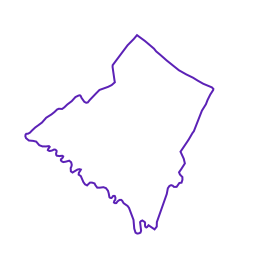 outline of Empalme Olmos, Canelones, Uruguay, rotated 305°
{"feature_id": "84410073B65254992067922", "entity_name": "Empalme Olmos", "entity_type": "district", "adm_level": 2, "iso_a3": "URY", "parent_name": "Uruguay", "parent_adm1": "Canelones", "projection": "albers", "projection_center": [-55.905, -34.652], "detail": "fine", "context": "isolated", "style": "outline", "palette": "violet", "viewbox_px": 256, "rotation_deg": 305, "n_neighbors": 0, "source": "geoboundaries", "source_scale": "gbopen_adm2", "svg_char_len": 2265}
<svg xmlns="http://www.w3.org/2000/svg" viewBox="0 0 256 256"><g transform="rotate(305 128 128)"><path d="M163.1,183.8L184.6,178.6L192.2,178.2L196.6,177.1L202.6,176.2L207.9,176.0L209.0,175.5L209.4,173.4L207.4,164.3L206.8,157.9L206.5,152.4L205.3,144.9L204.5,136.5L205.5,121.0L206.5,112.0L206.9,107.1L207.9,103.8L209.0,91.9L209.1,87.4L209.2,82.1L204.3,81.7L195.6,80.2L170.7,79.4L169.2,80.3L159.5,89.4L157.9,91.0L153.8,90.0L150.3,88.1L142.8,82.8L138.1,82.0L129.0,80.6L125.9,80.4L124.7,79.3L124.4,77.2L126.0,72.7L127.1,70.9L127.2,69.8L126.1,68.8L123.2,67.2L117.7,66.5L112.5,64.8L108.4,64.0L105.8,63.1L104.1,60.3L102.5,59.3L98.9,58.6L95.2,57.5L89.5,55.1L83.1,54.4L75.2,51.7L70.9,50.8L67.8,50.3L65.9,49.3L64.9,48.0L63.8,47.9L62.3,48.7L61.2,50.3L60.9,54.0L63.0,57.6L64.2,60.6L63.0,65.2L63.9,68.6L64.7,69.7L65.5,70.9L66.3,71.9L67.1,72.8L67.8,73.6L67.6,74.7L67.2,74.7L65.9,74.7L64.7,74.7L63.9,75.0L63.9,75.9L64.2,77.0L65.1,77.9L66.0,78.7L68.0,79.8L68.6,81.0L68.4,82.5L67.5,83.2L66.0,83.6L64.8,84.6L64.5,85.7L65.0,86.6L65.8,88.2L66.6,88.9L67.6,90.2L67.6,91.2L66.4,91.5L65.2,91.4L63.9,91.0L62.9,91.7L62.7,93.3L63.0,94.6L64.7,96.3L67.5,98.6L67.3,101.1L65.9,102.7L65.5,103.1L63.8,103.8L62.3,104.0L59.7,106.1L59.7,108.1L62.2,109.2L64.9,110.4L66.4,111.8L66.9,113.2L65.7,113.4L63.2,113.4L61.5,114.3L61.5,117.0L60.2,119.1L58.1,122.5L57.2,125.1L57.5,127.4L59.8,127.8L61.5,128.2L62.7,130.0L63.4,132.4L62.4,134.2L61.5,137.0L63.1,139.3L65.4,141.8L66.1,144.4L65.1,147.6L63.4,149.7L61.5,151.6L60.6,152.6L60.6,153.6L61.1,154.5L62.0,154.8L63.5,154.7L64.4,155.4L64.7,156.2L63.6,157.8L61.9,158.7L60.4,158.6L58.9,159.2L59.0,160.5L59.8,161.5L61.8,161.5L64.2,162.3L65.2,163.6L65.1,165.0L64.6,165.9L63.9,167.6L63.9,172.4L63.1,174.7L55.9,185.2L49.2,190.8L46.6,194.2L46.8,196.1L47.9,197.3L49.4,198.2L51.3,197.7L57.8,191.9L59.1,192.0L60.5,192.8L60.5,193.8L60.6,195.5L60.0,196.5L58.3,197.5L57.1,198.7L57.0,200.0L57.9,200.5L60.1,200.6L60.2,207.9L63.7,208.1L67.5,205.6L72.5,204.2L96.2,197.6L101.5,195.2L104.3,195.2L105.9,196.1L106.4,197.7L106.1,199.3L106.7,200.3L107.7,201.6L112.4,201.6L113.9,203.2L116.8,202.3L119.0,200.7L119.7,197.2L121.0,195.2L124.9,195.2L131.6,194.9L134.8,191.3L138.7,184.6L151.0,184.4L153.8,184.3L160.8,183.7L163.1,183.8Z" fill="none" stroke="#5b21b6" stroke-width="2"/></g></svg>